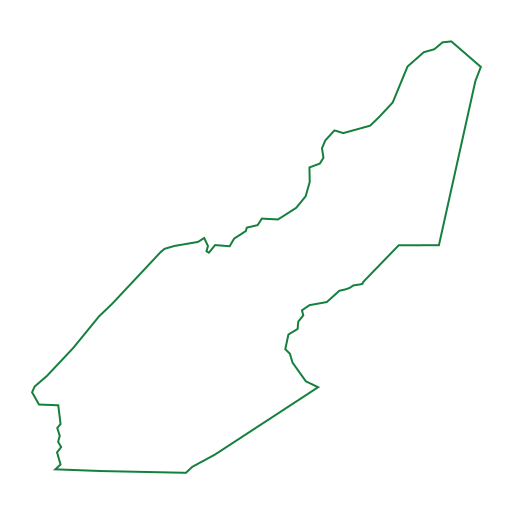 the district of Santa Rita, Guam, rotated 91°
{"feature_id": "77769853B26973637010941", "entity_name": "Santa Rita", "entity_type": "district", "adm_level": 2, "iso_a3": "GUM", "parent_name": "Guam", "parent_adm1": "", "projection": "albers", "projection_center": [144.67, 13.403], "detail": "fine", "context": "isolated", "style": "outline", "palette": "green", "viewbox_px": 512, "rotation_deg": 91, "n_neighbors": 0, "source": "geoboundaries", "source_scale": "gbopen_adm2", "svg_char_len": 1229}
<svg xmlns="http://www.w3.org/2000/svg" viewBox="0 0 512 512"><g transform="rotate(91 256 256)"><path d="M396.2,477.5L408.3,470.4L408.7,451.1L427.4,448.5L431.4,451.7L439.2,449.1L445.3,450.6L450.4,447.5L455.8,451.5L467.9,447.8L472.8,452.9L473.7,407.6L474.0,322.3L467.9,316.0L455.2,293.5L386.1,191.6L380.5,203.9L362.0,217.6L353.1,220.4L348.7,225.1L333.9,222.2L328.2,213.1L320.9,212.6L314.6,207.7L309.5,209.1L304.2,201.6L300.8,184.4L289.3,172.1L287.8,165.9L286.3,161.9L283.7,158.1L282.6,151.4L282.0,149.1L280.2,148.4L278.5,146.9L242.8,113.5L242.0,73.3L77.2,39.7L63.0,34.5L62.7,34.9L42.3,59.3L38.6,63.8L38.0,64.5L38.2,65.8L38.6,69.0L39.1,73.2L39.2,73.3L40.6,74.9L46.2,81.4L49.3,91.8L63.9,107.8L100.1,122.0L115.3,135.7L123.7,144.2L131.6,170.9L129.7,177.4L129.1,179.8L139.2,188.7L147.1,191.9L156.6,190.3L162.5,193.8L166.5,204.1L181.1,203.6L193.9,207.0L195.4,207.4L207.1,216.6L219.1,234.7L219.1,235.6L219.0,236.8L218.5,250.8L225.1,254.9L227.8,265.7L231.2,266.6L239.0,278.2L246.7,282.5L245.8,297.1L251.3,301.4L253.5,303.2L252.1,305.6L246.9,304.2L238.9,308.1L242.9,314.2L247.4,337.8L250.4,347.5L253.5,351.2L306.2,398.9L319.1,411.9L351.2,437.2L379.7,463.1L390.3,475.0L396.2,477.5Z" fill="none" stroke="#15803d" stroke-width="2"/></g></svg>